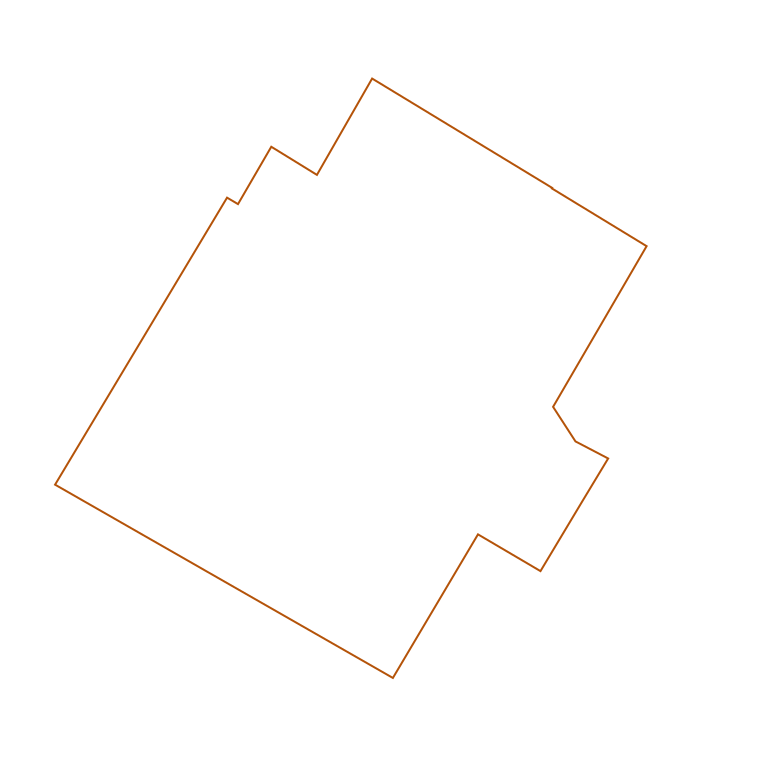 Macon, Illinois, United States of America, rotated 211°
{"feature_id": "52423323B50631899161108", "entity_name": "Macon", "entity_type": "district", "adm_level": 2, "iso_a3": "USA", "parent_name": "United States of America", "parent_adm1": "Illinois", "projection": "albers", "projection_center": [-88.998, 39.854], "detail": "fine", "context": "isolated", "style": "outline", "palette": "amber", "viewbox_px": 768, "rotation_deg": 211, "n_neighbors": 0, "source": "geoboundaries", "source_scale": "gbopen_adm2", "svg_char_len": 382}
<svg xmlns="http://www.w3.org/2000/svg" viewBox="0 0 768 768"><g transform="rotate(211 384 384)"><path d="M614.5,462.9L614.1,128.3L225.0,136.6L226.0,303.5L153.5,304.2L153.6,385.6L153.5,435.6L190.3,433.4L227.3,451.5L229.3,596.1L229.9,637.4L340.8,638.1L340.8,638.7L551.5,639.7L549.2,528.7L602.8,529.3L601.8,463.0L614.5,462.9Z" fill="none" stroke="#b45309" stroke-width="2"/></g></svg>